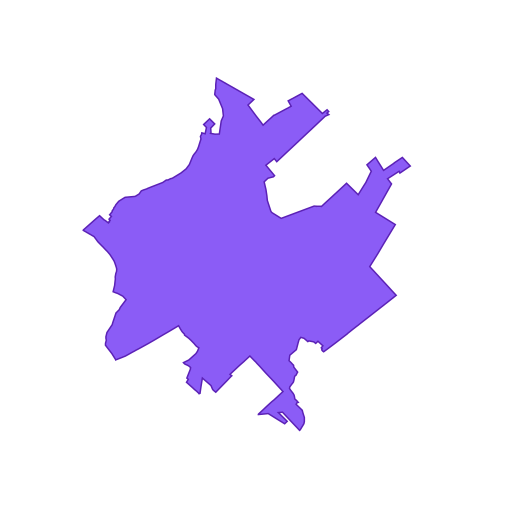 Cacalchén, Yucatán, Mexico (orthographic projection), rotated 131°
{"feature_id": "50627088B30008490692621", "entity_name": "Cacalchén", "entity_type": "district", "adm_level": 2, "iso_a3": "MEX", "parent_name": "Mexico", "parent_adm1": "Yucatán", "projection": "orthographic", "projection_center": [-89.242, 20.984], "detail": "fine", "context": "isolated", "style": "filled", "palette": "violet", "viewbox_px": 512, "rotation_deg": 131, "n_neighbors": 0, "source": "geoboundaries", "source_scale": "gbopen_adm2", "svg_char_len": 4601}
<svg xmlns="http://www.w3.org/2000/svg" viewBox="0 0 512 512"><g transform="rotate(131 256 256)"><path d="M86.9,198.6L85.7,209.2L85.6,210.2L95.1,212.8L95.3,212.7L107.7,215.9L106.5,219.8L104.6,226.1L103.2,230.5L114.4,232.1L115.4,228.2L116.4,224.6L126.7,221.8L128.5,221.3L132.6,220.7L137.6,219.9L142.7,219.1L142.6,220.6L141.7,235.4L153.1,236.6L160.1,237.4L160.4,237.4L170.8,238.6L175.6,239.1L175.6,239.3L175.8,239.5L178.6,242.8L178.8,242.9L178.8,243.0L180.2,244.9L211.1,261.7L212.2,268.6L212.8,272.3L212.7,273.4L212.5,274.1L206.7,283.8L205.7,284.9L203.6,287.1L199.4,292.0L194.7,298.5L189.4,298.0L184.8,294.8L183.2,294.7L181.0,308.1L170.5,306.1L171.2,302.2L116.4,296.6L105.1,295.5L101.5,293.8L101.6,296.2L99.3,295.9L99.0,298.3L104.9,299.4L103.0,327.9L117.8,333.5L119.9,327.7L137.4,334.4L138.0,334.7L138.1,334.9L142.0,335.3L145.1,335.7L149.6,336.2L152.6,336.5L151.6,340.9L150.3,347.6L147.3,361.1L140.5,360.4L139.2,360.3L147.7,402.5L152.1,399.5L153.2,398.7L156.2,396.1L157.6,395.6L158.7,394.8L161.1,393.2L161.4,392.4L162.1,387.1L166.7,377.9L171.7,372.5L177.0,370.8L177.1,370.7L188.0,363.7L190.9,366.8L193.3,370.8L192.2,371.1L189.2,374.1L183.4,373.8L182.9,381.0L191.1,381.8L191.5,377.7L197.1,374.6L198.6,377.7L199.9,376.9L202.2,376.4L203.8,374.3L208.2,372.4L211.1,371.1L213.9,370.1L216.8,369.6L219.7,369.5L221.6,369.3L223.9,368.6L230.7,366.3L236.0,365.9L238.8,366.4L242.6,367.1L249.2,369.2L252.3,370.2L253.5,371.1L254.8,371.7L256.2,372.2L257.6,373.6L260.5,374.3L261.7,374.6L272.7,380.4L276.4,382.3L276.9,382.4L279.9,384.2L282.1,385.3L285.9,384.9L290.3,386.3L297.6,393.3L299.8,394.0L304.7,395.5L309.3,395.4L311.3,394.9L312.8,394.9L314.1,394.3L316.1,394.2L317.0,393.6L320.9,393.5L321.0,391.1L324.6,391.1L324.8,389.5L326.3,389.6L326.4,389.0L327.9,389.1L328.1,392.8L328.3,394.0L328.4,394.6L328.2,400.5L332.8,401.2L349.6,403.4L350.0,403.2L347.6,390.9L349.0,384.7L349.1,383.7L349.5,378.5L349.5,377.9L349.8,375.1L350.0,373.1L350.1,371.3L350.7,367.3L352.2,362.0L352.9,359.8L354.0,357.7L356.2,354.0L357.2,352.6L359.0,351.2L361.2,350.3L364.2,348.5L365.6,347.1L371.1,343.3L376.7,340.4L375.9,338.0L375.0,335.8L373.7,330.2L374.2,325.4L383.9,324.7L386.2,324.0L390.8,324.3L398.3,321.2L400.9,320.1L402.0,319.5L411.5,318.3L415.4,316.3L416.8,315.0L417.7,313.8L418.8,313.2L420.5,312.4L422.1,311.1L422.8,307.8L424.2,300.8L426.1,294.6L426.3,293.8L426.4,293.7L420.1,290.4L418.7,289.7L417.4,289.0L414.7,288.0L409.4,286.1L407.9,285.5L405.6,284.7L403.4,283.8L401.5,283.1L392.5,279.8L386.7,277.8L375.6,274.1L371.3,272.6L363.1,269.9L359.4,268.7L360.6,265.4L361.3,263.2L361.7,261.5L361.9,258.8L362.6,258.0L362.5,256.7L362.4,255.7L362.2,252.9L362.3,249.8L362.7,245.1L362.9,244.1L363.2,241.7L362.8,238.9L366.2,237.7L369.1,237.3L378.6,238.5L383.8,240.7L384.1,240.8L384.2,239.8L384.2,238.6L383.6,236.7L383.3,235.6L383.1,234.5L383.0,233.3L383.1,232.2L383.6,232.1L384.1,231.4L386.1,230.7L393.5,228.1L393.5,226.2L396.9,225.6L397.0,217.4L397.1,215.3L397.1,214.0L397.0,212.1L397.1,210.6L397.1,209.6L397.3,208.6L396.5,208.5L396.3,208.2L390.4,212.0L383.3,216.4L383.3,216.2L383.3,206.4L383.3,205.0L385.0,201.5L385.3,200.2L385.2,197.0L372.8,196.3L369.5,196.1L362.7,195.8L362.3,195.7L362.4,198.0L361.0,197.9L360.5,197.8L350.6,196.8L349.1,196.6L348.9,196.6L343.1,195.8L342.6,195.8L335.5,195.0L336.1,188.1L336.1,187.0L336.4,185.0L336.8,180.7L337.4,176.1L337.9,171.9L339.0,160.4L339.6,155.4L340.6,146.7L352.8,148.0L355.6,148.5L362.6,149.3L373.6,150.4L373.9,150.4L374.1,150.2L366.9,143.4L365.4,133.9L363.8,124.3L360.3,124.0L359.5,136.4L356.5,133.5L357.1,128.0L357.5,123.9L359.0,108.7L358.1,108.6L351.2,109.8L349.2,110.9L346.2,113.5L343.8,117.4L342.3,119.6L342.1,119.8L341.6,128.4L340.0,128.8L339.4,128.5L338.8,128.1L338.5,130.1L338.4,132.2L338.4,133.1L337.3,134.2L336.0,136.0L335.6,137.1L335.3,138.0L334.6,141.7L334.0,143.8L332.5,144.7L331.6,144.7L329.4,144.9L328.1,144.9L326.5,145.1L324.7,146.0L322.8,147.1L322.1,147.6L321.7,147.7L321.1,147.9L319.6,147.6L317.4,148.2L316.3,148.4L315.1,154.5L313.8,156.0L313.7,157.7L313.5,159.1L313.3,162.4L308.7,165.4L300.2,164.1L294.0,167.2L291.0,168.6L288.0,168.8L286.6,165.7L286.6,160.7L285.4,160.4L282.9,156.1L282.8,153.6L279.7,153.3L279.9,146.6L282.5,146.5L282.6,145.3L283.7,144.8L284.0,143.4L283.9,142.1L280.8,141.4L269.2,138.9L254.8,136.0L254.3,136.0L254.2,136.0L248.1,134.9L243.5,134.0L241.2,133.5L239.4,133.2L231.2,131.6L225.1,130.4L200.7,125.7L193.7,124.4L193.0,131.0L192.2,137.9L190.3,155.2L190.2,156.0L189.6,161.5L189.4,163.2L174.3,165.6L163.4,167.6L140.9,171.5L144.6,194.4L136.3,196.1L112.7,201.0L111.4,207.4L98.2,203.6L99.0,201.8L86.9,198.6Z" fill="#8b5cf6" stroke="#5b21b6" stroke-width="1.5"/></g></svg>